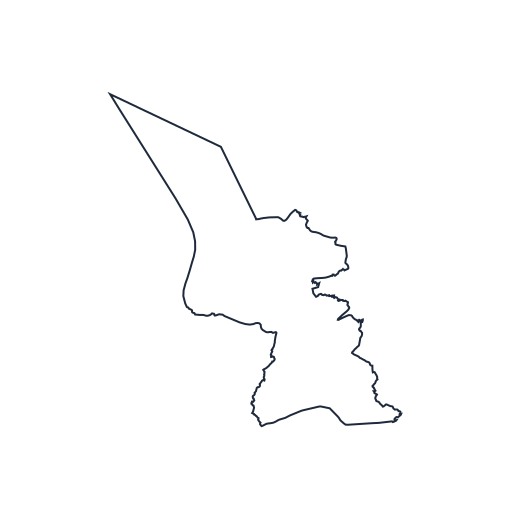 the district of Nyando, Nyanza, Kenya, rotated 64°
{"feature_id": "3690345B75499732008954", "entity_name": "Nyando", "entity_type": "district", "adm_level": 2, "iso_a3": "KEN", "parent_name": "Kenya", "parent_adm1": "Nyanza", "projection": "equal_earth", "projection_center": [34.954, -0.207], "detail": "fine", "context": "isolated", "style": "outline", "palette": "slate", "viewbox_px": 512, "rotation_deg": 64, "n_neighbors": 0, "source": "geoboundaries", "source_scale": "gbopen_adm2", "svg_char_len": 6163}
<svg xmlns="http://www.w3.org/2000/svg" viewBox="0 0 512 512"><g transform="rotate(64 256 256)"><path d="M168.7,303.1L193.3,301.3L207.2,302.0L216.1,304.3L223.7,307.9L229.2,312.1L233.8,316.4L239.5,321.5L245.5,327.1L249.9,331.6L255.1,336.1L260.2,338.9L267.6,340.4L271.5,340.5L272.0,340.2L272.4,339.6L273.0,339.4L274.1,339.3L275.8,337.8L276.4,337.4L277.0,337.4L278.2,338.0L278.9,337.9L279.6,337.3L280.3,336.4L281.9,336.4L284.3,332.4L284.8,331.5L285.1,330.6L286.2,328.8L287.8,327.0L288.3,326.1L288.6,325.3L288.9,323.4L288.7,321.7L288.3,320.9L288.6,320.2L289.2,319.7L289.5,319.1L290.2,319.0L290.8,319.3L291.4,319.2L291.8,318.2L292.2,314.7L294.1,311.7L296.2,310.6L303.6,304.1L308.4,299.9L312.5,295.4L314.9,291.7L316.0,288.3L316.2,285.8L316.9,283.9L318.1,282.4L319.9,281.9L321.9,282.7L323.8,282.9L325.4,282.4L328.6,280.4L329.5,279.3L330.1,277.9L330.3,277.0L330.7,276.3L331.0,275.4L332.3,274.7L332.7,273.8L333.0,271.8L333.5,271.3L334.2,271.4L337.0,273.8L341.0,276.6L341.7,276.8L343.4,278.3L345.0,279.5L346.3,281.4L346.9,281.9L346.9,282.7L347.6,283.4L348.5,283.1L349.1,283.3L349.5,284.1L351.2,286.0L351.9,285.7L352.6,286.4L353.4,286.7L353.6,286.0L353.7,284.9L354.4,284.2L355.6,284.4L356.2,284.3L356.9,284.4L357.7,285.2L358.4,287.1L358.0,287.7L358.9,288.8L359.5,290.9L360.4,292.7L361.1,295.5L361.3,296.4L361.3,298.6L361.5,299.4L364.0,299.1L364.6,299.7L365.8,300.2L366.1,300.7L366.7,300.8L367.4,301.1L368.3,302.2L369.7,302.5L370.5,302.3L371.1,302.6L371.6,303.1L370.6,304.0L370.8,305.5L371.3,306.1L372.7,308.9L373.5,308.9L374.0,309.1L374.6,309.6L375.0,310.3L375.0,311.3L374.6,312.2L375.0,313.2L377.5,315.3L378.4,317.3L379.2,317.4L379.8,317.9L380.2,318.6L380.3,319.6L380.6,320.3L381.1,320.7L382.3,321.0L383.1,320.6L383.6,320.9L384.9,320.8L385.4,321.5L385.8,322.7L385.1,323.3L386.1,324.6L386.9,324.9L387.4,324.4L388.7,324.5L389.3,323.8L391.4,324.2L394.5,326.8L395.5,328.3L397.2,327.0L397.7,327.2L398.6,326.4L399.5,326.3L400.0,325.8L400.6,325.6L402.0,325.4L402.8,324.8L403.5,325.2L404.1,325.9L406.3,325.6L407.7,325.0L408.3,325.7L409.1,326.1L411.3,325.6L411.5,324.4L411.4,320.3L411.7,319.0L412.7,316.1L413.4,313.5L413.5,310.9L413.3,308.5L413.3,306.8L414.3,300.7L414.2,295.2L415.0,282.9L415.6,280.0L417.8,270.4L418.7,266.3L419.3,264.3L420.1,263.1L425.2,256.5L435.4,253.1L437.5,252.5L440.5,252.2L441.7,251.8L444.8,250.5L446.9,249.4L448.2,246.8L457.1,225.1L459.9,218.6L464.0,206.9L464.4,206.1L465.2,205.9L465.4,204.9L465.4,202.2L465.1,201.7L464.9,202.6L464.5,203.5L463.7,203.3L463.0,202.7L462.3,200.4L462.8,199.7L463.1,198.9L462.3,195.7L461.8,195.1L461.7,196.5L461.1,196.3L460.3,194.9L459.2,194.5L458.4,195.0L457.9,195.9L456.6,196.0L456.0,196.3L455.6,196.9L455.3,197.6L454.8,198.6L453.3,199.3L451.3,199.2L450.8,199.6L449.7,201.2L447.0,203.4L446.4,204.1L447.1,207.2L447.0,208.0L445.5,208.3L443.0,209.3L441.6,209.4L441.0,209.7L440.4,210.1L439.2,211.4L438.5,211.4L437.7,211.2L436.5,211.3L435.8,211.0L435.2,210.3L434.6,209.9L434.1,208.7L433.5,208.0L431.2,209.6L430.7,209.4L429.2,209.5L429.7,208.6L429.5,207.7L428.0,207.9L427.3,207.8L426.6,208.1L426.0,207.8L425.4,208.0L424.7,208.5L423.8,208.2L423.5,207.1L422.9,206.0L422.6,204.8L422.0,204.1L421.1,203.3L420.6,202.5L420.2,200.9L419.3,200.9L417.9,200.1L416.3,200.0L412.4,200.3L412.0,200.9L411.8,202.0L409.3,201.2L405.6,199.5L405.1,200.3L404.3,200.9L403.5,201.1L402.3,200.8L400.9,201.2L399.2,203.1L397.1,204.2L396.3,204.9L394.1,206.4L393.1,207.3L391.3,207.9L387.0,211.4L386.4,211.5L385.2,212.2L384.7,211.8L383.9,209.6L383.2,208.4L382.9,207.1L382.2,205.1L381.7,203.1L381.2,202.4L375.2,198.0L374.5,196.5L374.0,195.9L372.9,195.0L371.5,194.3L370.2,194.7L369.1,194.8L368.7,195.5L367.2,195.6L366.5,195.0L366.0,193.7L365.5,193.0L364.9,192.5L362.1,191.2L361.7,190.5L362.0,189.5L360.4,188.0L359.9,187.8L359.8,188.7L360.6,190.8L360.0,191.1L359.2,190.8L358.6,191.2L358.9,191.9L360.1,192.2L360.3,192.9L359.6,193.0L359.1,192.7L358.4,192.8L358.3,193.6L357.0,194.1L356.3,194.8L355.5,195.2L353.5,195.9L351.9,196.0L351.1,196.4L349.8,198.4L349.7,199.8L349.6,201.5L349.5,208.4L349.6,209.7L349.2,210.4L348.7,210.0L348.4,209.3L346.8,204.1L345.5,198.8L344.8,196.7L344.2,195.8L343.6,195.0L342.7,194.7L342.0,195.1L341.4,195.0L340.0,195.3L338.4,193.9L337.8,193.6L336.6,194.5L335.4,195.1L335.3,196.2L334.4,197.4L333.6,197.3L332.8,198.8L332.7,200.8L332.5,201.6L332.0,201.8L331.3,200.5L330.8,201.1L330.0,201.4L329.0,201.4L328.4,201.9L327.8,202.7L328.0,204.1L327.3,204.2L326.5,203.5L325.7,203.1L325.4,203.9L326.4,204.9L326.0,205.6L324.9,205.3L324.5,207.1L324.1,207.8L323.3,207.5L322.6,209.9L321.4,210.4L320.8,211.0L320.9,212.3L319.9,213.7L319.1,213.8L318.5,214.2L318.4,215.0L318.2,216.6L319.0,217.9L319.0,219.9L314.7,220.8L310.2,219.6L311.2,213.8L308.1,211.1L308.3,213.5L307.6,213.0L306.2,213.8L306.1,214.5L305.5,214.2L305.3,215.2L304.5,215.6L304.7,216.3L303.9,215.9L303.4,216.6L302.7,216.0L302.7,215.1L301.9,215.1L301.6,214.0L302.8,210.7L304.0,207.9L305.2,205.0L306.0,202.6L306.7,198.8L306.6,197.9L307.2,196.3L306.7,195.9L306.3,195.4L306.7,194.3L308.0,194.1L308.4,193.4L307.8,191.2L307.7,190.1L306.4,188.5L306.0,187.2L306.1,186.4L306.5,185.8L305.8,183.6L306.5,183.5L307.1,182.7L307.7,182.7L307.8,178.8L307.4,178.3L306.3,177.9L304.8,177.6L303.3,177.9L301.9,178.6L301.1,178.6L298.4,176.7L296.7,175.0L295.6,174.3L288.8,172.0L286.6,171.5L284.0,175.3L280.9,179.1L280.1,179.4L278.9,178.7L278.1,178.8L277.6,178.3L277.4,177.5L276.1,176.0L275.0,175.9L274.4,176.3L272.9,179.6L272.0,181.1L271.2,182.0L267.3,186.3L266.0,187.2L264.8,187.9L262.7,189.7L261.0,191.6L259.0,194.6L258.3,195.3L257.5,195.8L256.4,196.2L253.9,196.5L253.4,197.5L252.3,197.8L251.7,197.6L251.0,197.7L249.7,197.3L247.9,195.3L247.4,194.4L247.0,194.0L244.1,194.8L243.4,194.5L242.5,193.3L242.4,194.1L242.0,195.2L241.9,196.3L240.8,197.2L240.4,198.1L239.7,198.8L239.1,198.8L238.4,198.2L238.0,198.6L236.8,198.4L236.3,198.5L236.4,197.6L235.9,197.9L235.7,198.8L235.1,198.8L234.5,199.7L232.9,199.7L232.2,200.1L231.7,200.6L232.3,203.3L233.3,206.5L235.9,211.3L236.6,212.9L236.8,214.0L236.8,215.2L236.2,216.1L233.6,217.2L231.3,218.7L230.7,219.3L227.1,227.2L225.2,232.6L224.5,235.1L224.0,237.4L223.1,239.8L222.4,239.6L142.5,239.7L46.6,316.2L63.8,314.5L168.7,303.1Z" fill="none" stroke="#1e293b" stroke-width="2"/></g></svg>